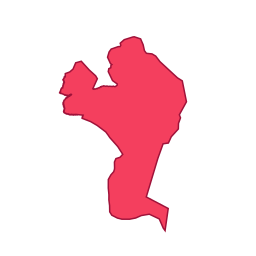 Bakassi, Cross River, Nigeria (Robinson projection), rotated 118°
{"feature_id": "59680162B77398299052023", "entity_name": "Bakassi", "entity_type": "district", "adm_level": 2, "iso_a3": "NGA", "parent_name": "Nigeria", "parent_adm1": "Cross River", "projection": "robinson", "projection_center": [8.508, 4.793], "detail": "fine", "context": "isolated", "style": "filled", "palette": "rose", "viewbox_px": 256, "rotation_deg": 118, "n_neighbors": 0, "source": "geoboundaries", "source_scale": "gbopen_adm2", "svg_char_len": 4129}
<svg xmlns="http://www.w3.org/2000/svg" viewBox="0 0 256 256"><g transform="rotate(118 128 128)"><path d="M51.5,137.3L51.3,141.6L53.4,146.8L52.0,149.8L47.4,153.7L43.4,158.7L44.5,165.2L45.3,166.4L51.8,172.8L56.8,174.7L58.3,173.2L59.8,173.2L60.8,174.9L66.2,179.9L69.7,180.4L75.1,179.3L79.3,173.8L79.6,172.0L80.6,172.5L82.9,171.5L84.6,172.8L87.5,171.9L93.4,163.9L94.2,158.1L95.5,157.7L97.4,158.7L97.8,159.4L98.0,160.7L98.7,161.3L99.7,163.7L100.6,165.0L100.8,166.3L101.6,167.1L102.2,169.3L102.7,169.5L103.3,170.6L104.1,170.8L104.5,171.7L105.6,171.9L106.7,173.2L107.7,173.6L107.9,174.3L108.8,174.9L109.2,176.0L109.8,176.2L110.0,177.1L109.9,177.3L109.8,177.5L98.9,178.2L97.1,181.1L95.0,189.4L91.0,200.6L95.0,204.8L101.8,204.2L105.9,205.8L109.4,208.9L111.9,207.6L111.9,207.8L112.1,207.8L112.1,208.0L112.9,208.0L113.0,208.2L113.4,208.0L113.4,207.8L113.6,207.8L113.6,208.0L115.3,208.0L115.7,208.2L115.9,208.0L115.9,207.4L116.3,207.4L116.3,207.2L116.5,207.2L116.5,206.9L116.7,206.5L116.9,206.5L116.9,206.3L117.0,206.3L117.2,206.1L117.3,206.1L117.6,206.1L117.6,205.9L117.8,205.8L117.8,205.6L118.1,205.6L118.2,205.9L119.1,205.9L119.1,205.6L119.9,205.6L119.9,205.4L120.9,205.4L120.9,205.2L121.2,205.2L122.0,205.0L122.0,204.9L122.4,204.8L122.4,205.0L122.6,205.0L122.6,204.8L122.8,204.8L123.0,204.7L123.0,205.0L123.7,205.0L124.1,205.2L124.1,205.4L125.1,205.4L125.1,205.2L126.0,205.2L127.4,205.0L127.4,204.8L127.7,204.8L127.7,205.0L128.5,205.0L128.5,204.8L128.9,204.8L128.9,204.6L129.1,204.6L129.1,203.9L128.9,203.9L128.9,203.6L128.9,203.3L128.7,203.3L128.7,202.8L128.5,199.8L128.7,199.4L128.5,198.9L128.3,198.9L128.3,198.3L128.1,198.3L128.1,197.4L127.9,197.4L127.9,196.6L127.5,196.6L127.5,196.3L127.7,196.1L127.5,195.9L127.4,195.9L127.4,195.7L127.2,195.7L127.0,195.3L126.8,195.3L126.8,195.0L126.2,195.0L126.2,194.8L126.0,194.6L125.6,194.6L125.6,194.4L125.3,194.4L125.3,194.2L125.1,194.2L124.9,194.0L124.9,193.7L125.4,193.7L125.4,194.0L126.0,194.0L126.4,194.2L126.4,194.4L126.8,194.4L126.8,194.6L127.2,194.6L127.2,194.8L127.5,194.8L127.5,195.0L127.7,195.3L127.9,195.3L127.9,195.5L128.6,195.5L128.9,195.5L129.1,195.7L129.1,195.9L129.3,195.9L129.3,196.1L129.8,196.1L129.8,196.3L130.2,196.3L130.2,196.6L130.4,196.6L130.4,196.8L131.6,196.8L131.6,197.0L132.7,197.0L133.5,197.2L133.5,197.4L134.0,197.4L134.0,197.2L135.9,197.2L135.9,196.8L136.7,196.8L136.7,196.6L137.1,196.6L137.1,196.3L137.3,196.3L137.3,196.1L137.7,196.1L137.7,195.9L137.8,195.9L137.8,195.7L138.2,195.7L138.4,195.5L138.4,195.3L138.6,195.3L138.6,195.0L138.8,195.0L138.8,194.8L139.0,194.8L139.0,194.6L139.2,194.4L139.4,194.4L139.4,194.2L139.8,194.2L139.9,193.7L140.1,193.7L140.3,193.5L140.3,193.3L140.9,193.3L140.9,193.1L141.3,193.1L141.3,192.9L142.4,192.9L142.4,192.7L142.7,192.7L143.2,192.7L143.2,192.4L143.6,192.4L143.6,192.2L144.0,192.2L144.3,192.0L144.3,191.1L144.5,191.1L144.5,190.9L144.3,190.9L144.3,190.1L144.3,189.9L144.5,189.9L144.5,189.2L144.3,189.2L144.3,188.6L144.1,188.6L144.1,188.3L144.0,187.5L143.8,187.5L143.8,187.0L143.6,187.0L143.6,186.8L143.8,186.8L143.8,186.2L143.6,186.2L143.6,185.5L143.4,185.5L143.4,185.3L143.2,185.3L143.2,184.9L143.0,184.4L142.8,184.4L142.8,184.2L142.6,184.2L142.6,183.8L142.4,183.8L142.4,183.4L142.2,183.4L142.2,182.5L141.9,182.5L141.9,182.3L141.7,182.3L141.7,181.8L141.5,181.4L141.3,181.4L141.3,181.2L141.1,181.2L141.1,180.8L140.9,180.8L140.9,180.6L140.7,180.6L140.7,179.9L140.5,179.7L140.3,179.7L140.3,179.3L140.1,179.3L140.1,179.0L139.9,179.0L137.8,173.8L138.2,173.8L138.2,173.6L139.2,173.6L139.2,173.4L139.9,173.4L139.9,173.2L140.9,173.2L141.0,173.0L139.9,164.1L140.2,156.5L141.9,145.8L143.7,142.0L145.0,139.6L149.2,128.3L153.7,120.3L157.6,121.3L160.7,124.3L164.4,124.0L169.4,121.2L170.7,120.6L173.3,120.1L177.4,121.1L182.7,121.2L190.3,117.2L195.9,113.5L200.5,111.1L201.2,110.6L205.2,107.8L210.6,104.8L212.6,101.4L212.5,95.1L211.4,90.6L207.8,83.8L203.9,79.0L199.0,75.1L194.1,68.7L193.6,57.7L199.9,49.8L201.2,47.1L180.2,54.7L180.3,79.5L140.7,87.4L125.5,89.6L122.3,85.3L115.4,85.7L105.2,83.1L100.2,85.6L94.4,86.4L92.2,88.9L77.4,88.7L60.9,102.2L60.5,107.9L54.4,131.0L51.5,137.3Z" fill="#f43f5e" stroke="#9f1239" stroke-width="1.5"/></g></svg>